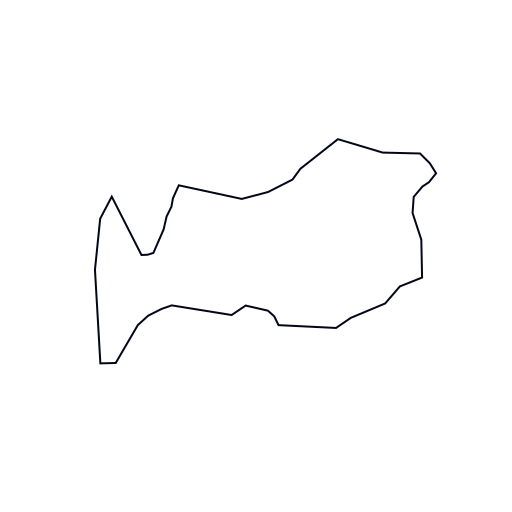 map outline of Kozje (Natural Earth projection), rotated 120°
{"feature_id": "SVN-957", "entity_name": "Kozje", "entity_type": "Municipality", "adm_level": 1, "iso_a3": "SVN", "parent_name": "Slovenia", "parent_adm1": "", "projection": "natural_earth1", "projection_center": [15.563, 46.062], "detail": "fine", "context": "isolated", "style": "outline", "palette": "ink", "viewbox_px": 512, "rotation_deg": 120, "n_neighbors": 0, "source": "natural_earth", "source_scale": "10m", "svg_char_len": 667}
<svg xmlns="http://www.w3.org/2000/svg" viewBox="0 0 512 512"><g transform="rotate(120 256 256)"><path d="M125.9,149.0L140.5,141.9L159.2,121.0L191.6,101.4L210.4,116.2L232.5,120.4L262.2,143.0L278.3,150.7L304.6,201.9L299.1,210.1L297.4,218.4L304.1,240.2L319.3,247.6L340.9,304.3L348.9,311.2L361.5,319.5L374.8,323.8L418.8,324.0L426.8,337.1L348.4,388.6L301.6,409.6L276.7,410.6L312.4,355.7L309.1,350.5L304.6,346.4L279.1,349.3L266.4,353.2L255.6,353.9L247.5,356.8L233.4,358.2L213.7,296.9L194.6,277.6L171.6,262.6L158.3,261.2L113.9,243.5L103.1,198.0L85.2,165.2L88.8,151.8L94.3,141.4L105.6,143.1L112.6,146.6L125.9,149.0Z" fill="none" stroke="#020617" stroke-width="2"/></g></svg>